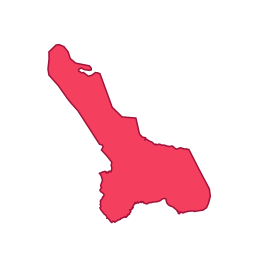 Kota Solok, Sumatera Barat, Indonesia, rotated 74°
{"feature_id": "22746128B30699524960223", "entity_name": "Kota Solok", "entity_type": "district", "adm_level": 2, "iso_a3": "IDN", "parent_name": "Indonesia", "parent_adm1": "Sumatera Barat", "projection": "robinson", "projection_center": [100.652, -0.779], "detail": "fine", "context": "isolated", "style": "filled", "palette": "rose", "viewbox_px": 256, "rotation_deg": 74, "n_neighbors": 0, "source": "geoboundaries", "source_scale": "gbopen_adm2", "svg_char_len": 4171}
<svg xmlns="http://www.w3.org/2000/svg" viewBox="0 0 256 256"><g transform="rotate(74 128 128)"><path d="M33.0,183.0L40.0,184.9L49.4,188.7L54.2,189.3L55.4,189.4L58.9,187.7L68.0,183.3L82.7,178.2L84.2,177.6L87.7,176.2L97.5,171.4L123.9,163.4L125.4,163.0L135.8,159.8L137.4,157.3L139.2,157.1L141.8,159.6L145.0,158.0L149.2,155.9L156.4,153.0L159.4,154.5L162.0,154.5L164.4,155.7L165.2,156.1L165.2,156.7L165.3,157.0L165.0,157.4L164.5,157.4L164.4,157.4L164.4,158.3L164.9,158.8L165.4,159.6L165.6,160.2L165.4,160.6L165.1,160.8L164.8,160.4L164.7,160.1L164.4,160.4L164.7,161.3L164.6,161.6L164.4,161.6L163.5,161.8L163.3,162.3L163.4,163.4L163.4,163.5L163.2,164.2L163.2,164.4L163.4,164.9L163.4,165.4L163.5,165.7L163.7,166.6L163.5,167.3L163.8,168.0L165.1,167.3L167.2,166.9L171.3,167.0L173.6,168.6L175.7,170.2L176.8,170.2L177.8,169.8L178.1,170.3L178.6,170.5L179.4,171.6L179.7,172.0L180.3,172.1L181.6,171.8L183.7,170.0L183.9,169.9L184.6,169.6L185.9,169.4L186.6,170.1L187.3,171.3L187.5,171.1L187.7,171.6L188.4,172.0L188.6,172.2L189.2,172.8L189.6,173.7L190.2,174.4L190.9,174.9L191.7,174.5L193.8,175.8L195.8,175.6L196.5,176.2L197.0,177.0L197.4,176.9L198.3,176.8L198.8,176.7L200.6,176.1L201.4,175.7L204.1,174.6L205.9,173.3L208.3,172.6L208.9,173.1L209.0,172.8L209.2,172.1L210.2,171.6L210.6,171.5L210.9,171.2L211.4,171.0L211.9,170.9L212.2,170.6L212.6,170.7L212.8,170.7L214.2,169.8L214.4,169.6L213.5,168.2L214.0,167.3L214.2,167.0L214.8,166.9L214.9,166.6L214.8,166.0L214.5,165.5L214.3,164.6L214.0,163.5L213.7,163.1L213.6,162.8L213.8,162.7L213.8,161.7L213.7,161.4L213.7,160.6L212.9,160.1L213.1,159.6L213.1,159.0L213.0,158.5L212.8,158.1L212.7,157.4L212.8,156.7L212.2,155.6L212.2,155.3L212.4,155.1L213.1,155.1L213.2,154.8L213.1,154.7L213.2,154.1L213.0,153.8L212.1,152.4L211.9,152.1L211.6,151.9L211.3,152.0L211.3,151.7L211.2,151.3L211.4,150.7L211.3,150.4L211.2,150.2L210.6,150.1L210.2,149.9L209.9,149.5L209.7,148.9L209.1,148.4L208.8,148.3L208.3,148.2L207.3,148.9L207.1,148.8L207.2,148.5L207.6,148.0L207.6,147.9L207.2,147.3L207.1,147.0L206.9,146.6L206.9,146.2L206.6,146.0L206.3,145.9L206.2,145.4L206.0,145.1L205.5,145.6L205.0,145.1L202.6,142.6L202.5,142.0L201.9,142.1L201.7,141.7L202.7,141.5L202.7,140.9L202.4,140.1L202.3,139.6L202.0,139.4L202.7,139.2L202.9,139.0L202.8,138.1L202.6,137.8L202.7,137.2L202.3,136.0L202.5,135.4L202.9,135.5L203.0,135.8L203.3,135.6L203.2,134.8L203.1,134.3L202.9,134.0L203.7,133.6L204.2,133.7L204.7,133.1L204.8,132.6L205.3,132.3L205.7,131.5L206.1,131.0L206.2,130.4L205.5,128.0L206.1,126.9L206.1,124.2L206.4,122.5L206.8,120.9L206.9,118.9L206.7,117.7L206.7,116.8L206.0,115.3L205.7,114.4L205.6,112.7L206.4,111.5L207.1,111.0L208.2,111.3L208.9,111.3L211.1,111.2L212.0,110.8L213.1,110.2L214.6,108.9L215.0,108.2L216.4,106.4L219.2,104.6L220.1,103.9L220.9,103.6L221.3,103.6L221.6,103.6L222.2,102.3L222.4,102.4L222.5,102.5L222.6,103.0L222.9,103.2L224.1,103.1L224.3,102.9L224.4,102.5L224.5,102.2L224.4,101.9L224.2,101.7L223.9,101.1L223.7,100.9L223.4,100.5L223.3,100.1L223.7,99.7L224.3,99.2L224.8,98.7L224.7,98.3L224.8,98.2L224.7,96.8L224.4,96.1L224.7,94.8L224.7,92.5L225.2,90.4L225.2,90.0L225.3,89.8L225.6,88.3L226.5,87.3L227.1,82.2L227.6,78.5L227.5,78.2L227.1,77.1L226.3,74.5L224.8,73.3L222.1,71.1L216.3,67.7L209.0,66.6L202.6,67.9L200.4,68.4L194.9,69.6L189.8,70.6L188.2,71.0L178.3,72.9L165.5,75.4L165.5,75.5L164.7,76.8L164.4,77.2L164.1,77.7L164.1,78.1L163.8,79.0L163.7,79.8L163.5,80.1L163.0,80.5L162.6,81.5L161.7,82.3L161.7,82.8L161.4,83.6L161.7,86.2L161.5,87.3L161.1,88.0L157.9,90.0L157.4,90.7L157.2,93.3L157.1,93.7L156.8,94.0L156.6,94.6L156.1,95.6L155.5,96.0L155.1,97.0L154.3,98.2L153.5,100.8L153.3,101.0L152.7,101.4L152.5,102.0L152.1,102.5L152.0,103.0L152.2,104.0L152.1,104.5L151.2,105.7L151.7,106.3L150.6,107.4L148.2,108.8L146.6,110.9L145.6,111.8L143.9,113.3L143.9,114.9L142.2,113.8L140.8,116.6L139.3,117.4L137.0,118.6L120.6,117.7L115.7,130.7L103.7,137.5L68.1,140.0L66.7,141.8L65.7,144.1L67.3,148.2L67.3,151.9L64.8,153.7L62.4,155.5L62.4,157.1L59.6,159.8L57.8,158.7L57.6,156.2L59.8,153.9L62.0,149.1L62.0,147.3L60.4,146.8L57.6,148.0L51.2,160.5L46.8,163.4L45.4,164.4L38.4,164.6L32.2,167.1L29.0,171.0L28.4,174.2L33.0,183.0Z" fill="#f43f5e" stroke="#9f1239" stroke-width="1.5"/></g></svg>